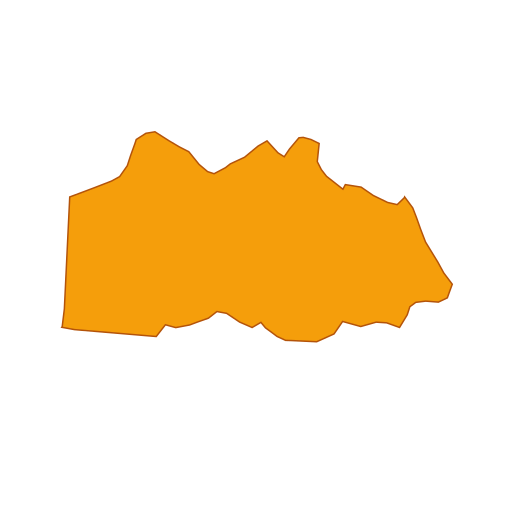 Menogeia, Larnaca, Cyprus (Albers equal-area conic projection), rotated 288°
{"feature_id": "46923920B76142388843432", "entity_name": "Menogeia", "entity_type": "district", "adm_level": 2, "iso_a3": "CYP", "parent_name": "Cyprus", "parent_adm1": "Larnaca", "projection": "albers", "projection_center": [33.436, 34.845], "detail": "fine", "context": "isolated", "style": "filled", "palette": "amber", "viewbox_px": 512, "rotation_deg": 288, "n_neighbors": 0, "source": "geoboundaries", "source_scale": "gbopen_adm2", "svg_char_len": 1159}
<svg xmlns="http://www.w3.org/2000/svg" viewBox="0 0 512 512"><g transform="rotate(288 256 256)"><path d="M128.2,93.3L129.9,106.1L148.6,186.0L162.6,191.1L163.1,201.8L169.9,214.2L175.0,220.6L182.2,230.0L191.1,236.0L192.4,245.8L188.1,260.8L186.8,274.4L194.4,281.2L190.6,287.2L187.9,295.4L186.0,300.9L184.9,310.2L186.5,315.7L193.2,340.2L206.0,354.3L220.5,358.6L221.3,377.4L230.2,390.7L232.8,400.9L232.4,414.6L246.8,418.0L255.3,418.0L261.3,422.3L265.5,431.3L268.5,443.7L275.3,450.9L282.2,451.1L289.8,451.4L297.9,439.8L306.4,430.8L321.7,412.9L332.3,404.3L341.7,397.1L350.2,390.2L358.1,379.1L357.4,379.1L348.5,374.4L347.6,364.6L349.8,348.8L354.0,334.7L351.5,318.9L346.4,318.0L353.6,298.4L358.3,291.5L364.7,285.1L382.5,281.3L383.8,272.3L383.4,264.2L381.7,260.3L368.1,254.8L359.1,252.2L360.8,245.4L361.2,244.5L368.9,230.9L361.2,224.0L346.4,214.6L335.7,203.1L330.6,199.7L321.3,190.7L321.3,183.9L325.5,173.6L334.4,159.9L336.1,149.3L338.7,137.7L342.9,121.5L338.7,113.4L329.8,106.1L325.5,106.1L312.8,105.7L302.1,105.7L289.4,101.8L282.6,95.4L271.1,81.3L264.3,72.8L254.6,60.6L146.4,90.1L129.0,93.5L128.2,93.3Z" fill="#f59e0b" stroke="#b45309" stroke-width="1.5"/></g></svg>